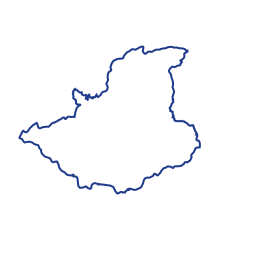 Desesti, Maramures, Romania (Robinson projection), rotated 324°
{"feature_id": "2599482B12376527067201", "entity_name": "Desesti", "entity_type": "district", "adm_level": 2, "iso_a3": "ROU", "parent_name": "Romania", "parent_adm1": "Maramures", "projection": "robinson", "projection_center": [23.796, 47.753], "detail": "fine", "context": "isolated", "style": "outline", "palette": "blue", "viewbox_px": 256, "rotation_deg": 324, "n_neighbors": 0, "source": "geoboundaries", "source_scale": "gbopen_adm2", "svg_char_len": 5725}
<svg xmlns="http://www.w3.org/2000/svg" viewBox="0 0 256 256"><g transform="rotate(324 128 128)"><path d="M174.7,185.8L176.5,183.6L177.3,182.1L177.8,180.5L177.7,179.8L176.7,178.8L176.5,177.6L178.2,176.0L179.3,175.3L179.9,174.4L180.2,173.5L179.8,173.5L179.6,173.4L179.8,173.3L179.9,172.7L180.2,172.4L180.6,171.4L180.6,170.9L180.5,170.1L180.7,169.7L180.7,169.4L181.1,168.6L181.3,168.1L181.3,167.8L181.1,167.4L181.7,166.3L181.6,165.8L182.1,165.2L182.3,164.5L182.2,163.9L181.4,163.7L181.0,163.1L180.0,163.0L179.4,162.5L179.0,161.4L178.6,160.6L178.6,160.2L178.8,159.5L178.4,158.7L178.1,158.2L178.0,157.5L177.7,157.1L177.4,156.3L177.3,155.8L177.0,155.4L176.2,154.8L176.2,154.6L175.8,154.3L175.8,154.0L175.3,154.0L173.7,152.7L173.4,152.5L173.0,152.1L172.5,152.0L172.0,151.6L170.8,150.2L170.4,150.1L170.3,149.9L170.4,149.6L170.3,149.4L170.2,148.7L170.5,148.4L170.6,148.1L170.9,148.0L170.8,147.4L171.0,147.2L171.0,146.6L170.8,146.3L171.5,145.7L171.4,145.4L171.6,145.3L171.5,145.2L171.1,145.1L171.4,144.9L171.5,144.6L171.9,144.6L171.8,144.1L172.1,143.7L172.2,143.4L172.5,143.1L172.6,142.7L172.8,142.1L173.2,141.7L173.7,141.1L172.7,140.0L172.8,139.6L172.4,139.3L172.8,138.9L172.7,138.2L173.1,138.1L173.1,137.6L173.4,137.0L173.4,136.5L173.6,136.2L174.5,136.2L174.9,135.8L175.4,135.5L175.8,135.5L176.2,135.1L176.6,134.9L177.2,134.3L178.6,134.0L178.7,133.8L179.0,133.6L179.3,133.7L179.8,133.6L180.1,133.2L180.5,132.9L180.6,132.4L181.6,131.0L181.6,130.9L181.1,130.9L182.2,129.1L186.7,125.7L188.2,120.9L189.8,119.7L191.7,116.6L193.0,112.4L194.2,110.0L194.3,106.7L194.6,106.0L196.0,105.0L197.7,104.5L200.1,104.5L201.3,105.9L202.4,106.4L204.3,106.7L205.8,107.2L206.7,107.8L207.5,107.7L208.2,106.8L210.2,106.5L210.6,105.5L209.9,104.8L210.2,104.1L211.5,104.5L214.6,104.1L215.3,103.6L216.3,102.4L216.6,101.6L217.3,100.9L218.5,100.8L220.4,101.2L221.3,101.0L221.6,100.3L220.5,99.3L220.2,97.4L219.3,96.1L216.2,93.4L215.1,92.2L214.6,91.3L212.7,90.3L211.1,88.0L210.0,87.3L207.4,85.9L206.2,85.9L200.8,83.2L199.9,83.3L197.0,81.3L195.4,80.7L192.9,80.6L191.8,80.2L189.5,78.2L185.9,78.3L185.1,77.5L184.9,75.1L185.8,73.8L187.6,72.2L188.0,71.4L187.8,70.7L185.8,69.8L180.1,69.1L178.5,67.3L176.8,66.5L174.9,66.8L171.7,66.2L167.3,67.2L165.3,68.5L164.3,68.5L160.4,66.1L159.0,65.6L157.8,65.7L157.1,65.3L155.6,65.1L153.7,65.9L153.0,66.0L149.6,68.5L149.1,69.3L148.8,70.7L148.2,71.5L145.2,71.5L143.7,72.3L141.2,75.1L140.6,76.7L139.6,77.8L136.4,79.5L135.8,82.8L134.9,83.8L133.0,85.0L132.2,85.1L130.8,84.8L129.8,84.4L128.2,84.0L127.1,84.3L125.6,85.1L122.8,85.4L122.0,85.4L121.8,85.2L121.7,84.4L122.1,82.6L120.6,83.1L119.6,83.7L119.0,83.4L118.2,82.7L117.5,83.3L117.1,83.3L116.7,83.2L116.5,82.6L116.9,82.1L115.4,81.4L115.3,81.1L115.3,80.5L115.6,79.7L116.2,78.2L115.9,78.1L115.5,78.1L114.3,78.9L114.2,79.2L113.3,79.5L112.9,80.2L112.9,80.4L112.7,80.9L112.2,81.4L112.0,81.5L111.9,81.2L112.0,80.6L111.1,79.5L111.9,78.8L112.7,78.4L113.4,77.2L113.5,76.8L113.5,76.5L113.2,76.4L112.0,76.1L111.3,75.4L110.7,74.3L110.5,73.8L111.0,72.4L111.6,72.0L111.4,71.8L110.8,71.8L109.9,70.9L109.8,70.5L109.4,69.7L109.4,69.2L109.2,68.5L109.3,67.9L108.4,66.7L108.0,66.4L108.0,65.9L108.4,65.3L108.3,65.2L108.0,65.2L105.1,66.1L105.0,66.8L104.7,67.3L103.8,67.5L103.4,68.0L103.4,68.5L102.8,69.6L102.6,70.4L101.7,71.0L101.4,71.5L101.3,72.2L101.6,72.8L101.6,73.4L102.0,73.8L102.2,74.7L102.2,74.9L101.6,75.5L101.4,76.4L100.6,77.3L100.4,77.5L100.4,78.2L100.6,78.6L101.0,79.0L101.3,79.5L101.6,79.8L101.8,80.2L102.1,80.4L102.7,80.6L102.9,80.8L102.9,81.3L100.2,81.1L98.0,81.9L94.6,84.3L93.5,85.6L92.5,86.5L91.9,86.8L90.9,86.9L90.9,87.3L89.5,86.2L88.9,86.0L88.2,85.4L87.7,84.7L86.3,83.8L85.7,83.6L85.1,83.6L84.5,83.7L83.8,84.1L83.6,84.2L82.9,83.9L82.7,83.8L82.8,83.6L82.5,83.3L82.4,83.0L82.6,82.7L82.6,82.4L82.3,81.9L81.9,81.5L81.2,81.3L80.2,81.3L78.4,81.4L76.8,80.8L75.8,81.0L74.6,80.9L73.8,80.6L71.6,80.4L71.4,80.4L71.2,80.0L69.7,79.6L68.7,79.6L65.0,80.3L64.3,80.2L63.8,79.9L63.6,79.7L63.3,79.3L62.6,78.8L61.0,78.2L59.5,77.2L57.0,76.7L56.1,76.0L55.8,74.9L56.9,71.5L57.1,70.2L52.7,69.9L48.5,70.5L44.9,71.8L43.5,71.7L42.6,71.3L41.6,68.7L40.9,68.7L35.2,71.6L34.4,72.1L34.5,72.6L35.7,74.6L35.6,78.1L35.9,79.0L37.7,79.7L39.8,80.9L40.8,81.7L42.0,83.5L42.8,86.0L44.0,87.7L44.8,88.4L45.2,89.2L45.2,89.8L44.4,92.1L44.8,94.6L43.7,96.4L43.5,97.8L43.4,98.7L43.7,101.0L44.1,102.4L46.9,106.3L47.1,107.1L46.7,110.3L47.2,111.5L48.0,112.1L49.8,112.6L51.0,113.6L50.5,115.0L50.4,116.4L49.1,119.6L49.0,122.8L49.6,124.6L50.8,126.8L50.9,128.8L51.6,130.6L54.3,133.2L56.1,133.4L56.4,133.9L56.1,134.5L55.4,135.0L55.7,135.4L57.5,136.8L57.7,137.7L57.4,139.3L54.6,144.1L53.7,146.1L54.0,148.2L57.0,149.9L59.0,150.3L59.9,150.8L59.9,152.2L61.3,154.7L61.9,155.1L63.0,154.9L64.7,153.2L65.7,152.7L67.2,152.6L68.2,152.8L69.2,153.5L70.0,154.7L71.6,156.3L71.2,156.5L72.9,157.7L75.2,159.7L80.0,164.4L80.3,165.1L81.3,166.7L81.4,167.3L81.4,167.7L80.9,169.6L81.0,170.4L80.6,171.4L80.6,172.3L80.9,173.7L80.7,174.5L80.9,174.7L82.4,175.3L84.0,175.3L84.7,175.6L85.8,176.7L86.0,177.3L86.9,177.7L87.0,177.7L87.1,178.0L87.7,178.4L89.2,177.7L89.7,177.8L90.4,177.7L91.4,178.2L92.2,178.5L92.2,177.5L93.9,178.1L96.8,181.9L98.5,182.7L102.1,183.5L103.8,183.6L107.7,181.6L110.2,179.5L112.2,178.8L113.5,178.9L116.0,180.7L117.7,181.1L119.9,181.4L120.6,181.3L121.4,180.7L122.4,180.5L123.2,181.3L123.6,183.2L124.1,183.7L124.7,183.8L128.0,183.2L129.9,182.2L133.1,181.5L135.3,182.3L136.9,182.2L138.2,182.9L139.8,184.5L140.6,186.3L140.9,186.8L142.5,186.4L143.7,186.7L146.6,188.8L149.4,190.0L150.9,189.8L152.3,189.9L153.4,189.2L153.9,189.2L154.5,189.4L155.0,189.7L155.8,190.7L156.8,190.7L157.9,190.6L158.8,190.9L161.9,189.3L162.5,188.7L163.0,187.3L164.4,186.7L167.0,186.2L171.1,184.0L171.9,184.2L174.7,185.8Z" fill="none" stroke="#1e3a8a" stroke-width="2"/></g></svg>